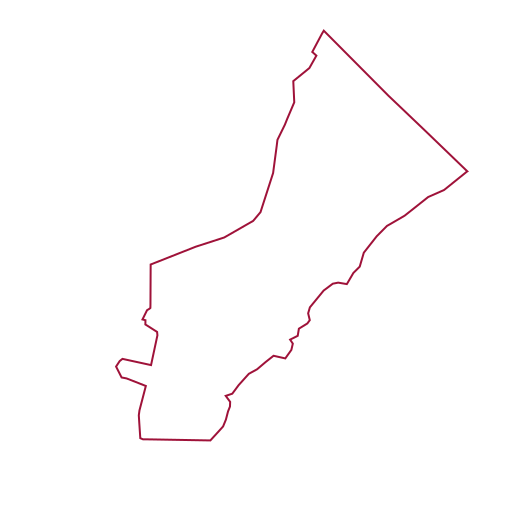 the district of Aj Jabalain, White Nile, Sudan, rotated 222°
{"feature_id": "16777658B9479825368273", "entity_name": "Aj Jabalain", "entity_type": "district", "adm_level": 2, "iso_a3": "SDN", "parent_name": "Sudan", "parent_adm1": "White Nile", "projection": "albers", "projection_center": [32.952, 12.739], "detail": "fine", "context": "isolated", "style": "outline", "palette": "rose", "viewbox_px": 512, "rotation_deg": 222, "n_neighbors": 0, "source": "geoboundaries", "source_scale": "gbopen_adm2", "svg_char_len": 1209}
<svg xmlns="http://www.w3.org/2000/svg" viewBox="0 0 512 512"><g transform="rotate(222 256 256)"><path d="M297.9,132.9L295.2,134.3L292.4,131.1L278.7,133.4L276.2,131.1L261.0,104.7L286.4,90.2L287.0,86.7L286.0,80.2L274.6,75.8L270.3,78.4L250.9,85.7L239.3,63.3L236.5,59.2L231.3,54.1L220.1,43.2L217.4,44.1L211.6,49.2L166.5,88.4L166.4,102.1L166.4,104.1L166.4,107.3L168.9,114.3L172.8,121.8L174.6,126.7L177.6,130.3L184.9,131.8L181.5,137.8L182.5,148.5L182.5,163.7L179.4,172.5L177.9,183.6L176.2,193.6L165.7,199.5L166.9,209.9L170.0,215.5L174.7,216.7L171.6,224.6L175.5,230.7L172.7,240.2L173.1,244.3L178.9,248.3L181.6,253.9L182.6,275.6L180.4,286.8L177.1,291.2L169.7,295.9L170.0,297.5L172.3,308.6L171.8,317.5L178.1,330.6L179.5,351.5L178.8,366.0L177.5,369.9L172.5,385.5L167.5,415.1L160.4,430.9L155.7,460.0L155.6,460.3L214.5,462.3L259.8,463.6L263.5,463.7L264.3,463.7L356.4,468.8L355.7,465.3L350.7,445.3L345.2,445.3L342.1,431.4L345.3,410.9L330.4,395.8L324.5,378.6L322.4,372.9L317.8,356.7L314.3,351.7L298.8,329.1L282.0,291.6L281.6,280.2L292.0,248.5L307.0,222.6L328.6,179.2L302.4,149.8L301.0,148.2L300.0,147.0L299.8,146.8L299.7,146.6L300.0,145.1L300.7,142.8L297.9,132.9Z" fill="none" stroke="#9f1239" stroke-width="2"/></g></svg>